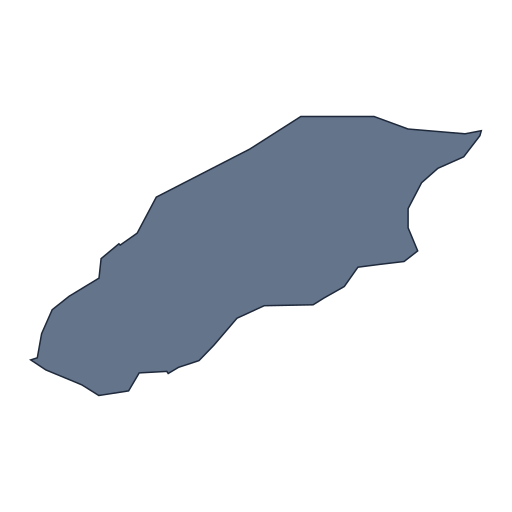 outline of Örkelljunga, Skåne, Sweden
{"feature_id": "70781695B2310974409616", "entity_name": "Örkelljunga", "entity_type": "district", "adm_level": 2, "iso_a3": "SWE", "parent_name": "Sweden", "parent_adm1": "Skåne", "projection": "robinson", "projection_center": [13.368, 56.334], "detail": "fine", "context": "isolated", "style": "filled", "palette": "slate", "viewbox_px": 512, "rotation_deg": 0, "n_neighbors": 0, "source": "geoboundaries", "source_scale": "gbopen_adm2", "svg_char_len": 662}
<svg xmlns="http://www.w3.org/2000/svg" viewBox="0 0 512 512"><path d="M30.7,359.9L45.8,369.9L81.9,384.9L98.8,395.5L128.6,390.9L139.2,372.9L166.8,371.4L168.2,373.5L178.6,367.3L199.0,360.6L213.9,345.2L237.0,318.2L264.2,305.7L313.1,304.8L323.2,298.5L324.0,298.0L344.3,286.5L357.9,267.2L379.6,264.4L404.1,261.5L417.7,250.9L408.1,227.8L408.1,208.6L421.6,182.7L437.9,168.3L463.7,156.8L479.9,135.7L481.3,130.7L465.0,133.8L408.0,129.0L374.3,116.6L374.1,116.5L300.8,116.5L249.7,149.1L156.3,197.1L137.2,233.1L120.2,245.1L118.9,243.8L101.1,258.6L99.0,278.1L69.2,296.2L52.2,309.7L41.6,333.7L37.3,357.8L30.7,359.9Z" fill="#64748b" stroke="#1e293b" stroke-width="1.5"/></svg>